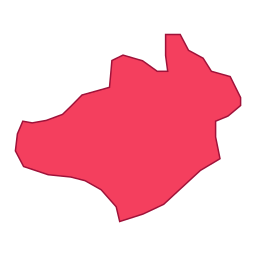 map outline of Štrpce (Natural Earth projection)
{"feature_id": "KOS-5914", "entity_name": "Štrpce", "entity_type": "District", "adm_level": 1, "iso_a3": "XKX", "parent_name": "Kosovo", "parent_adm1": "", "projection": "natural_earth1", "projection_center": [20.995, 42.226], "detail": "fine", "context": "isolated", "style": "filled", "palette": "rose", "viewbox_px": 256, "rotation_deg": 0, "n_neighbors": 0, "source": "natural_earth", "source_scale": "10m", "svg_char_len": 596}
<svg xmlns="http://www.w3.org/2000/svg" viewBox="0 0 256 256"><path d="M220.0,158.7L200.4,170.4L173.2,195.5L163.7,204.3L143.1,214.0L119.7,221.5L119.6,221.1L116.2,206.8L101.2,189.8L85.1,180.7L70.7,177.0L48.1,174.7L23.6,166.5L15.4,150.9L17.4,133.9L22.8,121.2L32.2,122.9L46.3,120.4L62.5,114.4L71.2,106.0L82.0,95.0L109.5,87.3L110.8,73.2L111.9,60.5L123.0,55.1L142.6,60.8L157.2,71.3L167.7,71.3L165.6,55.5L165.6,34.5L180.2,34.5L188.5,50.3L203.1,58.2L211.4,71.3L230.2,76.6L240.6,97.6L240.6,105.5L228.1,116.0L215.6,121.2L215.6,137.0L220.0,158.7Z" fill="#f43f5e" stroke="#9f1239" stroke-width="1.5"/></svg>